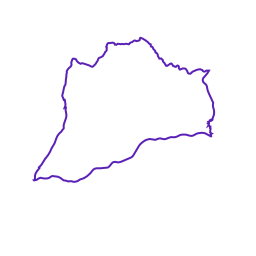 the Province of Lunda Sul, rotated 205°
{"feature_id": "AGO-1875", "entity_name": "Lunda Sul", "entity_type": "Province", "adm_level": 1, "iso_a3": "AGO", "parent_name": "Angola", "parent_adm1": "", "projection": "equal_earth", "projection_center": [20.634, -9.903], "detail": "fine", "context": "isolated", "style": "outline", "palette": "violet", "viewbox_px": 256, "rotation_deg": 205, "n_neighbors": 0, "source": "natural_earth", "source_scale": "10m", "svg_char_len": 5828}
<svg xmlns="http://www.w3.org/2000/svg" viewBox="0 0 256 256"><g transform="rotate(205 128 128)"><path d="M191.2,40.9L190.9,41.1L190.7,41.7L191.1,43.2L192.1,45.3L192.5,47.7L192.3,50.1L191.3,54.4L191.5,54.5L191.8,54.7L192.1,54.8L191.4,56.5L190.9,58.2L190.0,65.8L189.7,66.2L189.4,68.1L189.0,69.4L188.6,73.8L188.7,76.7L188.1,83.1L188.6,88.7L188.6,90.9L188.2,93.3L186.9,96.7L186.6,98.7L186.2,99.8L186.1,100.5L186.3,101.1L187.0,102.2L187.3,102.8L187.8,105.1L188.3,109.9L188.7,112.3L189.7,114.4L192.3,118.1L192.9,120.2L193.1,120.1L193.8,119.7L194.0,119.5L194.1,121.3L194.6,122.9L197.0,126.6L197.4,126.9L197.7,126.7L198.0,126.3L198.4,126.6L199.1,127.4L200.7,128.8L201.3,129.7L201.6,130.9L201.9,132.9L202.7,135.9L203.1,138.2L203.3,138.9L203.0,140.7L203.8,143.2L204.8,145.7L205.5,148.3L206.5,150.6L206.8,152.3L207.4,153.3L207.5,153.9L207.5,154.5L207.3,155.6L207.2,156.2L207.0,157.0L206.1,159.0L205.8,160.2L205.9,161.4L206.3,162.1L206.8,162.8L207.2,164.0L207.4,166.4L207.3,167.4L205.8,168.2L204.5,168.2L204.1,168.2L203.9,168.0L203.7,167.9L203.0,167.3L202.5,167.0L200.3,166.2L199.9,166.2L199.1,166.3L198.7,166.2L198.4,166.1L198.2,166.1L197.7,166.6L197.4,167.0L196.6,167.5L189.8,168.3L187.3,168.2L186.6,168.3L186.2,168.4L185.9,168.8L185.6,169.2L184.9,171.0L184.4,172.6L184.3,174.3L184.0,175.2L184.0,175.5L184.0,176.2L184.1,178.3L184.1,178.6L184.0,179.0L183.7,179.4L182.5,180.7L182.0,181.3L181.2,182.7L181.1,182.9L181.0,183.2L181.1,183.9L181.0,184.3L180.8,185.5L180.8,187.3L180.7,187.6L180.6,187.8L180.4,188.2L180.2,188.7L180.2,188.9L180.2,189.2L180.4,190.0L180.6,190.5L180.9,190.9L181.0,191.1L181.1,191.4L181.1,191.7L181.2,191.9L181.3,192.1L181.5,192.2L182.0,192.3L182.1,192.5L182.0,193.1L182.0,193.4L182.0,193.7L182.1,194.2L182.3,194.4L182.1,196.2L181.6,196.7L181.4,196.8L180.3,197.3L179.8,197.7L177.9,198.9L177.5,199.0L176.4,199.0L175.8,198.8L175.6,198.7L175.3,198.2L175.1,198.1L174.8,198.5L174.5,198.5L173.9,198.4L173.7,198.5L173.3,199.2L173.0,199.8L172.8,200.1L170.1,200.8L169.5,201.4L169.2,201.5L167.5,202.1L165.4,203.5L164.4,203.8L163.1,204.1L162.7,204.3L162.4,204.5L162.4,204.8L162.5,204.9L162.5,205.0L161.9,206.3L161.5,206.8L161.3,207.0L160.9,207.3L160.6,207.5L160.4,207.8L160.3,208.0L160.0,208.7L159.8,209.2L159.6,209.4L159.4,209.7L159.1,210.0L158.9,210.1L158.7,210.2L158.4,210.3L157.5,210.2L157.2,210.2L156.7,210.7L156.0,211.1L154.8,212.1L154.7,212.4L154.6,212.8L154.7,213.1L155.0,214.0L155.0,214.4L155.0,214.7L155.0,214.9L154.9,215.0L153.0,215.2L149.6,214.9L148.8,214.8L148.4,214.6L148.0,214.5L147.4,214.5L146.9,214.4L146.2,214.2L144.5,213.4L144.0,213.3L143.3,213.4L143.0,213.5L142.5,213.1L142.3,212.5L141.8,211.7L141.6,211.6L141.3,211.6L140.3,211.8L139.9,211.6L139.7,211.5L138.5,210.4L138.2,210.2L136.2,209.5L135.9,209.3L135.7,209.1L135.5,208.9L135.4,208.4L135.2,208.2L134.7,208.0L134.2,208.1L133.9,208.1L132.9,207.7L132.7,207.6L132.4,207.3L132.1,207.0L131.9,206.8L131.6,206.2L131.4,205.9L131.2,205.8L130.5,205.3L130.0,204.9L129.6,204.6L129.0,204.2L128.8,204.2L128.5,204.2L128.0,204.5L127.5,205.0L127.3,205.0L127.1,205.0L126.3,204.6L126.1,204.5L125.4,204.4L125.2,204.3L125.0,204.1L124.7,203.4L124.5,203.2L124.2,203.0L123.1,202.5L122.3,202.3L122.0,202.1L121.4,201.5L121.2,201.4L120.6,201.1L120.4,201.0L120.2,200.8L120.1,200.6L119.9,200.5L119.6,200.5L118.9,200.8L118.7,201.1L118.5,201.4L118.3,201.6L118.1,202.0L117.7,202.7L117.3,203.3L116.8,204.1L116.2,204.7L115.1,204.5L114.8,204.4L114.5,204.1L114.0,203.8L113.6,203.4L113.4,203.3L113.0,203.3L112.2,203.5L111.0,203.4L110.7,203.5L110.3,204.0L110.2,204.3L110.1,204.8L109.9,205.1L109.7,205.4L109.4,205.6L109.2,205.6L108.8,205.6L108.2,205.4L107.9,205.1L107.7,204.9L107.5,204.1L107.3,203.8L106.9,203.5L106.4,203.4L105.9,203.1L105.8,202.9L105.5,203.0L105.2,203.2L103.9,204.8L103.7,205.0L103.4,205.2L101.9,205.8L101.2,206.0L100.9,206.0L100.5,205.9L98.5,204.7L96.8,203.1L96.2,203.0L94.5,203.5L94.0,204.3L93.8,204.8L93.8,205.2L93.7,205.3L93.6,205.5L93.3,206.3L92.0,207.7L91.6,208.3L90.7,209.2L90.2,209.8L89.9,210.1L87.6,211.7L87.3,211.8L86.9,211.8L85.0,211.8L84.8,211.8L84.2,211.3L83.8,211.2L83.2,211.2L82.7,211.3L82.3,211.6L81.7,212.3L81.5,212.8L80.9,213.3L78.9,214.2L79.0,212.8L79.3,210.6L79.7,209.3L80.0,207.9L80.9,205.2L80.8,203.9L80.3,202.6L79.4,201.6L78.1,201.0L75.8,200.4L74.9,199.8L73.9,198.8L72.0,196.1L70.0,194.1L61.4,186.8L61.0,185.3L60.5,184.1L59.8,183.1L57.6,180.4L56.9,179.3L56.3,178.0L55.8,176.5L55.6,175.0L55.4,172.0L55.3,171.6L55.1,171.5L54.9,171.3L55.0,170.8L55.3,170.4L55.5,170.6L55.7,170.8L56.0,170.8L56.7,170.3L56.8,170.0L56.3,169.3L56.5,169.2L56.8,169.0L57.1,168.9L56.9,168.4L57.0,168.0L57.3,167.6L57.7,167.4L57.4,167.2L56.8,166.6L57.0,166.5L57.2,166.1L57.4,165.9L56.8,165.7L56.4,165.3L56.2,164.7L56.2,164.0L55.7,164.8L54.8,164.2L54.3,163.8L54.0,163.2L53.7,163.6L53.4,162.9L52.7,162.0L52.4,160.4L51.9,159.5L51.7,158.7L51.2,158.7L50.4,158.2L49.7,158.3L50.1,157.4L50.3,157.1L49.2,155.8L48.5,155.4L55.9,155.8L58.9,155.0L62.5,152.7L63.6,151.6L65.4,149.1L66.7,147.9L67.8,147.4L68.9,147.1L73.0,146.4L75.9,145.0L77.0,144.3L78.0,143.4L80.0,140.9L81.3,139.7L82.3,139.1L85.2,137.9L87.3,136.0L88.9,134.2L90.5,133.1L94.4,132.2L95.7,131.4L96.7,130.5L98.1,128.9L103.9,127.1L106.6,124.8L108.4,122.1L109.7,119.4L110.2,117.9L110.5,116.5L111.6,105.5L111.9,104.1L112.3,103.3L112.7,102.7L113.6,101.6L120.0,94.5L121.7,93.1L123.1,92.4L125.3,91.9L126.6,91.1L127.4,90.1L127.8,88.9L128.4,86.4L128.8,85.2L129.3,84.1L129.8,83.5L136.2,79.7L139.1,78.4L140.9,77.1L141.8,75.7L142.3,74.2L142.9,71.4L143.4,70.1L144.7,67.1L146.8,63.8L149.8,61.0L151.0,58.9L152.7,57.3L153.9,56.5L154.7,56.2L156.5,55.9L157.6,55.5L159.8,54.3L160.9,54.1L161.8,54.1L164.1,53.4L166.0,53.7L168.2,54.2L171.0,54.2L176.3,52.5L177.1,51.6L177.7,50.7L178.0,50.2L178.2,49.7L179.1,48.8L180.5,47.8L183.0,46.7L186.3,45.9L187.2,45.0L188.1,43.8L188.7,42.6L191.0,40.8L191.2,40.9Z" fill="none" stroke="#5b21b6" stroke-width="2"/></g></svg>